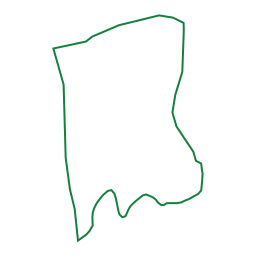 the district of San Marcos La Laguna, Sololá, Guatemala
{"feature_id": "79465075B78154513463269", "entity_name": "San Marcos La Laguna", "entity_type": "district", "adm_level": 2, "iso_a3": "GTM", "parent_name": "Guatemala", "parent_adm1": "Sololá", "projection": "equal_earth", "projection_center": [-91.257, 14.734], "detail": "fine", "context": "isolated", "style": "outline", "palette": "green", "viewbox_px": 256, "rotation_deg": 0, "n_neighbors": 0, "source": "geoboundaries", "source_scale": "gbopen_adm2", "svg_char_len": 926}
<svg xmlns="http://www.w3.org/2000/svg" viewBox="0 0 256 256"><path d="M201.2,163.5L195.9,160.8L193.4,151.8L176.5,126.5L172.4,112.5L175.3,94.8L182.3,71.9L183.7,33.6L183.8,29.1L183.6,22.9L172.9,17.6L159.0,15.4L119.0,25.2L92.4,36.5L86.0,41.5L53.4,48.5L63.6,84.6L65.7,157.9L69.9,189.1L74.7,209.1L78.0,240.6L86.4,234.5L89.3,231.3L92.7,225.6L92.5,220.6L92.4,216.6L92.8,212.3L94.3,208.0L96.5,203.5L98.8,200.2L100.8,197.7L103.2,194.9L107.8,190.9L111.4,190.1L114.3,193.5L115.8,198.0L118.5,211.4L119.6,214.6L122.3,217.2L125.5,216.2L126.7,213.6L127.9,210.6L130.1,206.6L132.6,203.9L136.5,200.4L139.9,197.7L143.2,195.2L146.1,194.5L149.2,195.7L153.2,197.5L156.1,200.0L157.8,202.3L161.0,204.9L163.6,205.2L166.7,203.2L170.0,203.1L174.0,203.1L176.3,203.2L180.9,202.5L183.7,201.2L185.9,200.2L189.1,199.0L191.5,197.6L198.2,193.9L201.2,190.4L202.2,180.6L202.6,173.7L201.8,168.7L201.2,163.5Z" fill="none" stroke="#15803d" stroke-width="2"/></svg>